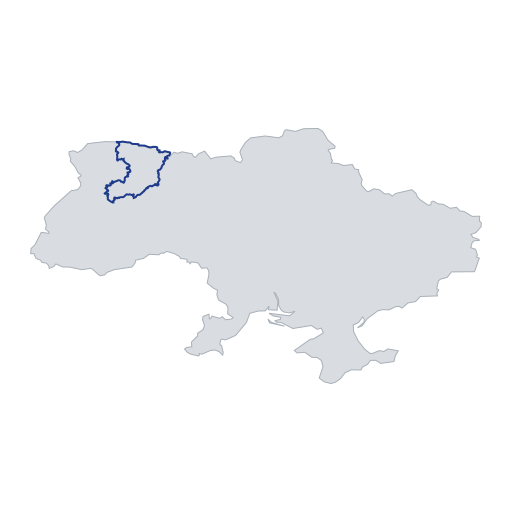 Rivne on a map of Ukraine (Natural Earth projection)
{"feature_id": "UKR-286", "entity_name": "Rivne", "entity_type": "Region", "adm_level": 1, "iso_a3": "UKR", "parent_name": "Ukraine", "parent_adm1": "", "projection": "natural_earth1", "projection_center": [26.178, 50.971], "detail": "fine", "context": "in_parent", "style": "outline", "palette": "blue", "viewbox_px": 512, "rotation_deg": 0, "n_neighbors": 0, "source": "natural_earth", "source_scale": "10m", "svg_char_len": 9256}
<svg xmlns="http://www.w3.org/2000/svg" viewBox="0 0 512 512"><path d="M358.2,340.9L364.6,349.1L369.8,353.3L372.3,353.5L379.3,350.6L383.9,351.5L387.8,348.9L398.2,350.8L395.3,356.0L394.0,361.5L380.7,363.4L375.7,360.3L370.4,360.4L367.6,364.3L362.5,367.0L360.9,370.0L351.4,369.8L345.2,372.6L340.5,378.6L335.3,382.3L331.1,383.5L324.6,382.0L319.2,378.1L323.0,366.6L321.3,360.4L317.1,357.5L311.8,357.3L304.8,352.3L297.0,352.9L294.3,350.5L310.2,339.3L313.7,338.8L323.3,332.9L321.3,328.1L317.2,329.3L311.3,325.5L292.9,328.5L281.5,322.7L276.3,322.1L275.0,320.7L280.3,319.4L280.7,317.3L273.2,315.9L269.1,313.3L289.6,315.8L295.0,311.3L289.4,312.9L283.6,311.9L281.4,310.4L278.8,305.8L278.5,299.5L275.8,293.8L273.8,292.0L277.9,301.3L277.1,310.2L268.4,309.7L269.1,306.1L265.2,310.9L258.4,311.0L249.8,313.3L246.4,322.6L235.5,335.5L225.4,339.9L221.9,339.1L220.5,340.2L219.9,344.1L221.7,346.1L223.2,352.5L222.7,355.2L219.1,351.6L214.9,350.0L210.3,350.5L201.9,354.2L199.1,353.5L199.3,355.4L198.5,356.0L190.6,354.1L187.2,352.3L184.5,349.0L186.9,347.4L191.8,346.8L191.5,342.0L197.5,336.0L197.7,333.2L203.0,329.6L204.5,325.5L202.5,319.5L203.1,316.4L208.9,314.2L209.4,318.9L210.7,318.5L211.9,316.1L219.9,318.3L222.2,316.7L225.6,319.8L231.6,319.0L233.0,317.5L227.7,313.8L228.0,307.8L226.3,304.4L218.5,300.0L216.9,294.8L217.5,290.2L213.6,288.3L207.2,283.1L209.0,273.9L208.6,270.5L206.8,267.8L201.7,268.3L197.9,262.9L191.7,261.9L190.0,263.8L189.0,262.0L186.9,262.1L187.1,259.9L185.7,259.1L180.6,258.5L179.3,256.4L173.8,253.4L166.9,251.4L163.3,253.4L161.6,252.8L158.9,254.8L149.3,254.3L143.6,258.4L135.7,260.2L135.0,263.1L132.1,267.0L114.5,269.6L107.0,272.4L104.6,274.9L100.0,275.8L92.1,268.9L89.8,268.4L82.0,269.7L69.2,267.0L62.7,267.0L55.9,263.9L53.8,266.5L49.2,268.4L48.8,265.8L46.6,263.2L41.9,262.4L40.4,260.1L36.1,258.5L33.8,253.6L30.7,253.7L31.1,248.5L35.0,244.7L41.3,232.3L48.8,233.4L49.0,232.1L45.5,229.2L46.3,225.2L44.3,217.4L45.8,215.3L54.1,206.0L71.2,190.7L77.7,189.7L80.6,185.9L80.8,183.1L77.9,177.8L81.1,175.9L80.9,175.0L78.2,172.9L75.2,167.0L70.3,161.2L70.7,158.5L69.0,154.6L69.1,151.7L73.6,150.8L77.5,152.5L81.9,150.0L87.7,143.6L105.1,141.6L126.2,142.1L147.1,146.6L156.2,147.2L160.1,152.1L167.6,152.0L169.8,152.9L170.1,155.9L173.9,152.2L177.7,153.3L182.0,151.8L192.2,153.8L193.5,156.5L195.5,157.3L198.4,153.9L204.6,151.1L210.8,158.9L215.8,157.2L230.8,155.9L234.5,158.3L235.2,160.7L240.4,162.6L242.5,159.7L239.9,152.1L241.1,149.2L245.2,142.7L250.6,137.9L265.2,136.0L278.7,137.8L282.6,135.8L284.4,130.8L286.2,129.7L295.4,131.4L303.7,128.7L318.1,128.5L322.8,131.5L327.8,140.0L335.1,146.3L334.7,148.3L328.4,149.5L328.3,150.6L330.5,153.5L331.4,159.5L332.6,160.2L331.2,162.9L338.0,163.5L343.6,165.5L352.3,164.5L354.8,169.1L358.6,169.6L358.8,172.6L362.2,179.6L361.2,183.3L361.8,185.6L366.5,191.0L368.6,191.7L373.8,188.8L379.5,189.8L384.4,193.8L389.2,193.8L392.3,196.1L395.6,193.5L411.9,189.7L416.1,193.5L416.8,195.9L419.5,199.3L428.3,205.3L430.8,204.7L431.4,201.9L433.4,201.1L438.3,203.9L443.2,204.3L450.2,208.3L456.6,207.3L460.0,211.0L464.0,211.4L472.2,216.4L479.7,216.2L479.4,220.9L481.3,222.9L481.1,226.6L476.0,232.6L471.0,234.4L472.9,237.4L478.9,239.4L479.3,240.4L474.1,240.8L472.0,243.0L470.8,247.7L475.6,249.3L477.4,255.1L476.4,257.0L479.3,258.1L474.5,271.7L451.4,271.9L447.2,277.4L440.4,279.2L438.4,280.9L436.7,288.6L438.7,290.0L436.9,293.2L437.4,295.9L420.4,296.5L415.5,301.6L408.1,302.9L402.0,308.1L399.2,306.5L395.9,306.5L389.0,309.9L382.5,309.6L377.5,311.0L367.0,318.9L362.3,325.7L357.5,327.8L364.1,322.1L364.2,319.2L362.6,316.9L358.6,322.5L353.2,325.0L353.6,331.6L358.2,340.9ZM284.5,326.2L269.5,322.8L268.0,319.1L271.4,322.4L284.5,326.2Z" fill="#d9dde1" stroke="#a8b0b8" stroke-width="1"/><path d="M116.9,141.9L120.3,142.0L122.4,141.6L127.6,142.4L129.3,142.4L130.1,142.5L131.7,143.6L132.4,143.9L138.1,144.1L138.4,144.2L138.4,144.4L138.4,144.7L138.4,145.0L138.7,145.4L139.1,145.5L144.5,145.6L149.2,147.3L150.8,147.5L153.3,146.8L155.4,146.9L156.5,147.1L157.1,147.4L157.3,147.9L157.2,148.5L157.2,149.4L157.4,150.0L157.8,150.3L158.3,150.3L158.9,150.2L159.6,150.4L159.5,150.9L159.2,151.6L159.0,152.1L159.4,152.4L159.9,152.4L160.9,152.1L162.3,152.3L162.8,152.3L163.4,152.1L164.1,151.4L164.5,151.3L165.4,151.3L168.1,152.1L169.5,152.2L169.8,152.3L170.2,153.0L170.0,153.8L169.2,155.4L169.2,155.5L168.4,155.6L167.5,155.9L167.2,156.0L167.1,156.5L167.0,157.1L167.0,157.4L167.1,157.6L167.5,157.9L167.6,158.1L167.7,158.4L167.6,158.6L167.4,158.6L167.2,158.5L166.2,157.8L166.1,157.7L165.9,157.4L165.6,157.0L165.4,157.0L165.2,157.1L165.1,157.3L164.8,158.7L164.8,159.1L164.9,159.4L165.3,159.6L165.4,159.8L165.4,160.2L165.1,160.7L164.7,161.0L163.2,161.3L163.1,161.6L164.0,163.0L164.0,163.4L163.9,163.8L163.6,164.3L163.4,164.4L162.9,164.7L162.6,164.9L162.2,165.9L161.7,166.5L161.5,167.8L161.2,168.2L160.7,168.6L160.4,169.3L160.2,169.5L159.5,169.8L158.6,170.0L158.3,170.1L158.2,170.3L157.9,171.0L157.7,171.2L157.7,171.3L158.2,171.9L158.3,172.6L158.7,173.1L158.6,173.4L158.2,173.6L158.3,173.9L158.7,174.3L158.8,174.5L158.8,175.0L158.4,176.7L158.4,177.3L158.6,177.7L158.8,178.1L159.4,178.8L159.6,179.3L159.5,179.9L158.9,181.1L158.7,181.4L158.2,181.9L157.7,183.0L157.8,183.5L158.5,184.0L158.5,184.7L157.7,185.5L156.5,185.3L156.3,185.2L156.2,185.1L156.2,184.7L156.0,184.2L155.7,184.1L155.3,184.1L155.1,184.1L155.0,184.3L154.7,184.9L154.7,185.0L153.4,185.4L152.8,185.8L152.5,186.1L152.3,186.2L151.9,186.3L151.6,186.2L151.1,186.0L150.6,185.8L150.4,185.8L149.8,186.2L148.1,186.8L148.0,187.0L147.9,187.2L147.9,187.8L147.8,188.1L147.6,188.2L146.9,187.9L146.6,187.9L146.4,188.0L146.3,188.5L146.2,188.6L146.1,188.8L145.7,189.1L145.6,189.4L145.5,189.6L145.3,189.8L144.2,190.5L144.2,191.0L144.0,191.3L142.7,192.1L142.6,192.3L142.2,192.9L142.1,193.0L140.9,193.7L140.4,194.3L140.0,194.7L139.6,194.8L139.0,194.9L138.3,194.8L138.0,194.8L137.6,195.0L137.0,195.4L136.0,196.7L135.6,197.2L135.1,197.4L133.8,197.9L133.8,196.9L133.5,196.7L133.1,196.4L133.1,196.1L133.2,195.6L133.4,195.4L133.6,195.2L133.8,194.8L133.7,194.6L133.6,194.4L133.3,194.4L132.9,194.8L132.2,195.0L131.9,195.1L130.1,194.4L129.7,194.3L129.3,194.4L128.6,194.7L128.0,194.6L127.3,194.4L126.7,194.3L126.1,194.7L123.8,196.8L123.3,197.1L120.4,197.2L120.0,197.3L119.7,197.4L119.2,197.8L119.0,198.0L118.8,198.0L118.7,197.9L118.5,197.7L118.4,197.6L118.1,197.7L117.6,198.1L117.2,198.3L116.7,198.0L116.1,197.9L115.5,197.7L114.9,197.6L114.6,197.5L114.4,197.6L114.3,197.8L114.2,198.3L114.1,198.5L114.2,198.8L114.3,198.8L114.7,199.2L114.8,199.4L114.5,199.8L114.3,200.1L113.6,200.5L113.4,200.8L113.5,201.2L113.4,201.6L113.4,201.9L112.9,201.6L112.6,201.6L112.4,201.7L112.3,202.3L110.5,201.4L108.2,199.7L107.9,199.5L107.8,198.7L107.7,198.3L107.8,197.7L107.9,197.0L107.9,196.8L107.4,196.2L107.3,195.8L108.0,195.2L108.3,194.8L108.3,194.4L108.2,193.9L108.0,193.6L107.5,193.4L107.2,193.4L106.3,193.8L105.8,193.9L105.3,193.8L104.9,193.7L104.7,193.4L106.2,192.2L107.0,191.4L107.2,191.2L108.0,191.0L108.2,190.8L108.2,190.6L108.1,190.3L107.6,190.2L107.4,190.1L106.7,189.2L106.5,188.9L105.6,188.3L105.5,188.1L105.6,187.9L106.4,188.0L106.6,187.9L107.0,187.5L107.4,186.8L107.1,186.5L106.3,186.0L106.2,185.8L106.2,185.7L106.3,185.6L106.5,185.3L106.8,185.2L108.1,185.4L109.9,185.6L110.3,185.5L110.6,185.3L110.8,185.0L110.8,184.6L110.6,184.1L110.3,183.7L110.3,183.3L110.4,183.2L110.5,183.2L112.3,183.4L112.7,183.3L112.8,183.2L112.7,183.1L112.1,182.8L112.0,182.7L112.0,182.3L112.2,182.1L112.3,181.9L112.1,181.5L112.1,181.4L112.2,181.2L112.3,181.2L113.0,181.7L113.5,181.8L114.2,182.0L114.4,181.9L114.6,181.9L115.4,181.5L116.2,181.2L117.2,180.8L117.7,180.5L118.2,180.3L119.5,180.3L120.0,180.4L120.3,180.7L120.9,181.2L120.9,181.5L121.0,181.7L122.0,181.8L122.3,181.9L123.2,182.6L123.5,182.7L123.8,182.7L124.0,182.5L124.2,181.5L124.3,181.2L124.8,180.7L124.8,180.2L124.7,179.4L124.8,178.0L124.8,177.8L125.0,177.6L125.1,177.4L126.6,176.5L126.9,176.5L127.8,176.6L128.0,176.4L128.1,176.2L127.3,175.7L127.2,175.6L127.3,175.3L127.6,174.9L128.3,174.3L128.4,174.1L128.4,173.8L128.3,173.6L128.0,173.3L127.5,173.0L127.4,172.9L127.4,172.7L127.5,172.5L127.8,172.3L129.7,172.0L130.3,171.7L130.3,170.7L130.1,170.4L129.9,169.8L129.5,169.3L129.1,168.9L128.7,168.7L128.4,168.7L128.1,168.7L127.8,168.9L127.6,169.0L126.9,168.7L126.7,168.6L126.9,167.4L127.0,167.3L128.8,167.0L129.2,166.7L129.6,166.1L129.6,165.5L129.5,165.3L128.2,164.2L126.3,163.4L125.5,162.6L124.8,162.1L124.7,162.0L124.6,161.9L124.5,161.4L124.4,161.3L123.6,160.9L123.3,160.5L123.4,159.9L123.7,159.2L123.7,158.9L123.0,159.2L122.8,159.3L122.5,159.3L122.1,159.1L121.9,159.0L121.8,158.8L121.6,158.7L121.4,158.8L121.1,159.3L120.9,159.4L120.7,159.5L120.4,159.5L119.9,159.3L119.6,159.3L119.0,159.4L118.4,159.6L118.2,159.9L118.0,160.3L117.8,160.5L117.4,160.4L117.3,160.2L117.1,159.9L117.0,159.7L117.2,158.4L117.2,157.7L117.2,157.3L117.4,156.5L117.3,156.1L117.0,155.0L117.0,154.4L117.1,154.1L117.3,153.9L117.9,153.4L118.0,153.3L118.2,152.9L118.3,152.6L118.2,152.4L117.4,152.1L117.2,151.7L116.6,151.7L116.3,151.6L116.1,151.5L116.0,151.4L115.9,151.1L115.9,150.1L116.0,148.9L116.1,148.4L116.3,148.1L117.5,146.7L118.6,145.9L118.9,145.5L119.2,145.2L119.3,144.8L119.3,144.7L119.0,144.0L119.0,143.8L119.0,143.4L119.2,143.1L119.8,142.8L119.6,142.8L117.3,142.6L117.0,142.5L116.9,141.9Z" fill="none" stroke="#1e3a8a" stroke-width="2"/></svg>